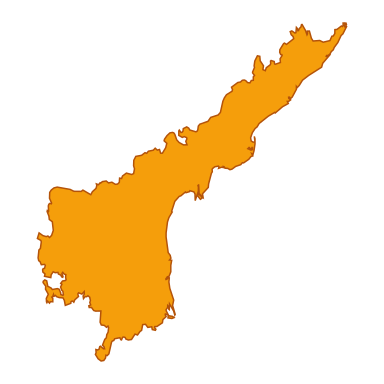 outline of Andhra Pradesh
{"feature_id": "IND-2441", "entity_name": "Andhra Pradesh", "entity_type": "State", "adm_level": 1, "iso_a3": "IND", "parent_name": "India", "parent_adm1": "", "projection": "equal_earth", "projection_center": [79.939, 15.897], "detail": "fine", "context": "isolated", "style": "filled", "palette": "amber", "viewbox_px": 384, "rotation_deg": 0, "n_neighbors": 0, "source": "natural_earth", "source_scale": "10m", "svg_char_len": 5881}
<svg xmlns="http://www.w3.org/2000/svg" viewBox="0 0 384 384"><path d="M174.8,315.1L173.6,311.0L169.5,303.9L169.3,309.6L168.7,309.1L168.6,306.7L167.7,305.6L167.6,307.5L166.1,309.6L166.2,310.8L168.7,315.7L172.6,316.4L174.1,317.6L171.9,318.5L168.0,317.9L168.3,315.1L165.4,314.0L165.2,314.8L166.1,316.6L162.9,319.6L162.4,322.8L156.9,326.5L154.7,326.6L154.6,327.8L155.9,329.2L155.4,330.3L152.3,329.6L151.7,326.8L147.8,327.4L145.5,324.3L142.7,324.6L141.6,330.4L140.0,331.5L137.5,335.0L135.0,334.1L131.5,339.5L128.3,340.0L125.8,339.0L125.2,337.5L123.8,337.0L122.6,337.3L121.5,339.9L120.8,339.7L119.8,337.7L114.6,338.8L113.8,340.5L112.2,341.1L111.5,342.3L108.9,353.8L107.2,355.6L105.9,355.2L105.5,358.1L103.8,360.5L101.1,361.0L98.1,358.8L95.4,354.4L96.1,352.7L95.9,349.5L97.6,350.0L99.1,349.1L99.7,346.7L100.4,346.2L103.5,348.8L104.6,348.8L103.9,346.5L102.5,345.2L104.8,339.3L106.3,337.8L106.8,334.6L108.1,332.2L108.6,327.5L108.0,326.1L106.5,327.3L104.3,325.4L101.3,325.0L100.1,322.2L100.9,311.0L95.6,311.1L93.7,310.5L91.5,307.5L89.2,307.5L88.8,305.8L90.7,304.9L89.8,302.6L90.4,300.4L89.7,297.2L87.9,295.7L86.7,296.7L85.1,296.6L83.5,298.6L83.1,296.0L84.3,294.1L84.2,291.6L81.9,294.1L78.6,292.8L77.8,294.0L78.5,296.5L74.8,299.8L73.8,302.2L72.7,301.1L71.7,301.2L70.9,301.9L70.8,303.3L65.3,305.4L64.3,300.3L63.0,297.9L59.2,297.6L56.5,296.6L55.5,295.4L54.0,296.3L53.5,294.4L52.7,296.5L51.8,297.1L52.8,298.5L52.8,301.8L50.4,301.7L49.5,303.1L47.7,301.2L46.9,302.7L46.5,301.9L46.3,298.4L48.3,294.2L45.5,289.2L45.7,286.2L43.1,282.6L43.2,281.3L44.8,279.9L46.7,280.8L47.8,286.3L51.1,288.0L52.3,289.5L57.4,288.6L59.1,289.2L60.7,292.9L60.8,294.5L62.9,295.4L63.4,294.8L62.9,291.3L61.7,290.1L60.6,287.0L61.9,284.2L60.7,283.4L62.5,281.0L65.4,280.5L66.1,279.7L65.6,277.3L65.8,274.6L64.2,274.1L62.8,272.3L61.9,273.4L63.0,276.6L62.7,277.3L61.7,276.9L60.7,275.1L58.4,274.0L58.0,272.4L55.2,272.7L53.2,271.8L51.2,274.7L50.8,277.6L44.5,276.3L45.0,273.9L42.9,272.1L42.6,269.8L43.2,268.6L44.5,268.4L45.3,265.5L44.6,264.4L41.3,264.7L40.0,261.6L38.7,260.7L38.1,257.9L38.9,250.0L40.4,248.4L41.3,241.8L40.8,240.4L37.4,238.5L39.1,232.9L42.9,235.6L46.2,236.6L47.9,236.0L49.5,237.5L51.6,235.4L53.3,230.4L52.3,221.7L49.3,219.5L48.9,216.1L47.1,211.5L47.3,210.6L48.4,211.6L48.6,211.2L48.3,205.9L48.8,204.3L49.8,203.4L51.3,203.8L51.6,203.1L49.5,198.3L49.7,192.4L51.3,190.0L54.0,187.9L57.2,187.1L70.1,189.4L73.9,191.3L81.2,191.4L82.9,190.1L90.8,194.7L92.4,191.7L96.0,188.4L96.8,185.6L96.4,183.9L98.5,184.7L100.1,182.8L100.6,183.1L102.4,181.6L106.2,181.0L108.5,182.9L111.9,182.2L115.3,184.3L117.5,184.1L119.3,182.4L119.6,178.1L121.6,178.5L122.5,176.0L126.4,173.1L131.7,174.5L133.6,173.6L134.5,168.8L133.6,165.7L133.8,160.3L135.8,156.4L141.6,155.3L145.0,152.7L146.7,153.3L148.4,151.2L153.3,150.2L155.2,148.2L157.3,150.1L159.5,149.5L160.6,153.2L162.4,153.2L165.7,147.7L166.8,143.3L164.1,140.8L164.5,139.2L167.0,135.6L169.9,132.9L172.5,132.4L173.8,132.9L174.8,134.3L176.7,139.8L179.1,142.5L183.5,144.9L187.0,144.8L185.8,141.3L186.9,138.9L186.6,137.6L184.2,136.6L182.3,137.4L178.8,135.4L178.8,130.9L179.3,130.1L181.0,132.5L182.0,132.3L183.0,131.1L183.3,128.6L186.7,126.9L188.7,128.1L189.8,130.0L195.9,131.8L196.9,131.4L197.8,129.9L198.3,126.1L199.8,124.2L208.0,121.3L210.7,117.4L218.1,115.0L220.4,112.4L222.9,101.2L224.4,97.8L226.5,94.7L232.1,91.2L232.5,89.6L231.5,87.2L237.8,82.5L240.5,82.0L242.3,80.3L244.2,80.0L245.7,80.6L247.6,82.6L249.9,82.9L251.3,80.5L253.3,80.3L253.3,76.8L254.5,75.4L252.6,72.9L252.6,72.0L254.5,67.5L254.1,65.9L254.8,61.0L257.4,55.8L259.8,56.3L260.2,60.8L263.5,65.8L262.9,69.6L265.3,70.7L266.3,67.7L270.2,64.8L270.7,63.5L270.5,61.1L271.1,60.5L274.2,61.5L274.6,63.9L275.2,64.3L280.4,62.5L280.1,58.8L282.1,55.5L281.8,54.6L280.7,54.6L279.7,52.3L279.9,49.6L283.6,43.6L284.5,43.1L286.5,44.4L293.7,38.7L293.1,36.5L291.2,34.7L290.2,31.6L291.8,30.9L294.9,33.0L295.9,32.7L296.4,27.4L297.4,28.5L297.9,30.7L298.5,30.6L299.3,28.5L300.9,27.0L301.5,24.6L302.1,24.5L305.5,30.5L307.0,34.8L307.5,33.8L307.4,31.1L309.4,31.1L311.4,38.3L313.1,41.0L319.7,40.5L323.2,42.2L329.9,40.6L331.9,36.2L333.3,36.0L334.8,33.5L334.9,29.6L337.0,29.4L341.4,26.0L342.5,26.5L343.1,25.4L343.1,23.0L346.0,23.1L346.6,25.2L345.1,23.5L344.4,25.9L345.2,27.3L346.0,25.9L346.6,26.5L342.9,33.9L341.1,35.5L337.8,42.6L334.2,47.5L333.3,49.8L331.3,51.6L329.9,54.1L327.9,55.5L326.6,55.5L326.2,56.3L327.5,56.8L330.5,54.1L322.7,63.3L321.6,67.2L308.7,75.4L302.5,80.2L299.2,85.5L297.2,87.6L296.4,86.5L296.4,89.3L292.2,97.1L290.6,98.5L289.4,97.1L288.6,97.2L288.7,98.3L290.6,99.9L288.6,101.4L287.3,101.4L288.3,103.5L282.6,106.7L275.2,113.0L274.7,112.4L268.4,116.1L259.1,123.5L257.1,126.9L255.1,128.5L252.4,132.6L250.6,137.8L251.2,141.0L253.0,142.1L254.5,142.1L254.9,141.4L254.3,136.4L255.0,138.9L255.0,143.9L254.0,150.8L253.0,154.4L251.8,153.7L252.8,155.9L250.9,156.6L248.8,159.3L243.6,162.9L242.4,162.7L240.7,164.7L235.7,166.4L231.9,169.2L229.9,169.7L227.8,168.4L225.0,168.2L224.0,166.6L223.3,166.5L223.7,167.6L221.6,167.2L218.6,168.3L219.0,166.9L218.4,166.1L214.7,166.8L212.5,168.6L212.1,169.3L212.3,171.8L211.4,173.3L208.6,183.9L208.3,187.4L202.5,193.8L203.1,197.4L199.1,193.5L198.6,184.3L198.3,185.7L197.8,185.0L198.4,187.0L198.3,191.3L195.2,200.6L195.0,194.0L193.9,191.9L189.9,190.7L189.6,191.6L186.0,192.7L185.4,192.0L180.9,195.8L179.2,196.4L174.8,201.4L171.8,210.8L171.7,211.6L172.2,212.0L168.9,217.6L167.5,221.9L166.1,232.9L166.1,237.0L168.2,252.6L170.2,255.3L170.9,258.2L169.5,260.0L171.7,260.3L170.8,265.3L170.8,271.8L169.0,276.4L167.4,276.7L165.8,279.0L166.0,279.5L166.9,279.2L168.7,277.1L169.3,277.8L168.9,282.0L169.8,288.3L173.7,300.1L172.6,305.5L175.2,314.4L174.8,315.1ZM249.8,148.6L249.2,148.0L249.5,147.0L247.8,148.7L251.0,150.1L251.9,149.8L251.2,149.5L252.3,149.1L252.5,147.9L252.1,147.5L251.4,148.5L249.8,148.6ZM201.4,196.5L202.0,198.2L200.4,199.3L197.5,195.6L198.3,193.8L201.4,196.5Z" fill="#f59e0b" stroke="#b45309" stroke-width="1.5"/></svg>